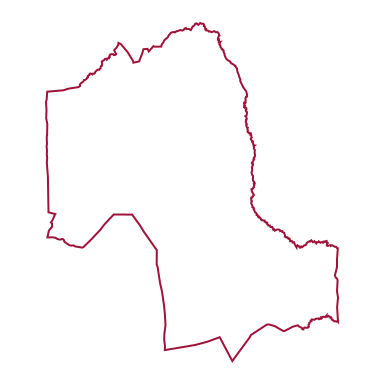 Simanjiro, Manyara, United Republic of Tanzania
{"feature_id": "72390352B2790991966076", "entity_name": "Simanjiro", "entity_type": "district", "adm_level": 2, "iso_a3": "TZA", "parent_name": "United Republic of Tanzania", "parent_adm1": "Manyara", "projection": "robinson", "projection_center": [37.302, -4.321], "detail": "fine", "context": "isolated", "style": "outline", "palette": "rose", "viewbox_px": 384, "rotation_deg": 0, "n_neighbors": 0, "source": "geoboundaries", "source_scale": "gbopen_adm2", "svg_char_len": 5900}
<svg xmlns="http://www.w3.org/2000/svg" viewBox="0 0 384 384"><path d="M118.5,42.9L118.1,45.1L116.4,47.8L114.4,49.8L114.2,50.5L116.2,54.1L115.5,54.8L114.2,55.1L113.8,55.1L113.2,54.2L111.6,54.1L110.1,54.6L109.7,55.2L109.7,56.8L109.2,56.7L109.0,57.9L108.6,57.6L107.1,59.4L107.0,58.8L106.5,58.7L104.7,59.0L104.5,59.9L101.9,61.4L102.1,64.1L101.7,66.0L101.1,66.1L100.7,66.9L100.5,68.4L99.6,68.9L99.2,69.8L97.7,69.7L96.9,70.3L95.4,71.7L94.9,73.0L94.0,73.7L93.2,73.5L92.4,74.5L90.6,73.5L90.0,73.6L89.4,74.3L89.4,75.0L87.9,75.9L87.9,77.3L87.4,77.3L86.6,78.8L85.2,79.9L84.0,80.0L83.3,81.5L80.4,83.7L79.8,85.0L80.1,86.0L78.5,87.1L68.2,88.7L63.4,90.3L47.2,91.7L46.7,99.1L46.0,102.1L46.5,109.9L46.2,118.2L47.3,124.1L47.1,134.7L46.7,137.2L47.0,144.1L46.6,146.1L47.0,150.9L46.8,153.9L47.2,158.4L46.8,162.2L47.9,176.8L48.5,212.3L55.3,214.1L54.6,215.1L52.7,219.9L50.9,222.4L52.1,223.5L52.1,226.7L48.9,230.6L47.4,237.4L52.6,237.3L55.5,237.8L57.2,238.9L59.6,239.6L62.8,239.0L64.1,240.3L64.2,241.6L69.2,245.1L71.0,245.6L73.5,245.4L75.0,246.4L82.2,247.6L83.3,247.2L91.5,239.2L100.1,230.0L104.3,224.6L113.7,214.5L132.1,214.6L139.9,225.3L143.9,231.8L156.8,250.2L156.7,264.7L157.6,267.0L160.0,282.7L162.1,292.2L164.1,306.1L164.9,314.5L165.5,325.2L164.3,334.3L164.2,339.9L165.0,346.3L164.8,350.1L195.0,345.0L207.5,341.7L219.7,337.2L232.3,361.0L249.6,337.5L250.9,335.0L267.0,324.5L269.2,324.5L274.7,326.1L282.9,330.8L284.3,331.1L292.8,326.7L297.9,325.3L299.1,326.5L301.8,327.9L302.4,329.3L303.4,329.4L303.7,328.3L304.5,327.6L306.9,327.8L308.1,327.5L308.5,325.9L308.7,326.0L308.5,324.8L309.3,323.9L309.2,323.1L310.3,322.1L310.6,320.8L311.3,320.9L311.2,320.3L311.7,320.1L311.9,319.4L314.5,319.8L315.7,318.8L318.8,318.4L319.0,319.2L319.5,319.2L320.1,318.7L320.9,318.8L321.1,317.4L321.9,317.8L322.1,317.1L323.8,316.7L325.1,317.2L326.5,315.6L326.4,316.4L326.7,316.8L327.9,316.6L328.4,316.0L330.6,317.0L330.4,317.4L330.9,317.4L331.0,318.0L331.6,318.2L331.5,318.9L332.4,320.1L332.8,320.0L333.1,320.5L334.7,321.4L335.4,321.2L336.6,321.6L337.3,321.2L338.0,321.9L337.1,307.4L338.0,297.5L337.0,291.3L337.6,280.4L337.2,278.9L335.7,277.5L334.9,275.4L337.0,267.0L337.0,259.4L337.8,248.3L337.0,248.1L336.2,246.9L334.9,246.8L332.4,245.3L331.5,245.3L330.8,245.9L330.4,245.1L327.7,245.9L326.8,245.5L326.9,243.5L327.8,243.0L326.7,242.1L326.6,241.0L325.4,241.3L324.8,242.0L324.2,241.5L323.4,241.6L323.0,242.7L321.3,242.1L320.3,242.7L318.8,241.4L318.3,242.1L317.3,242.2L316.4,243.3L316.1,242.3L315.4,242.6L314.4,241.2L312.9,242.2L311.3,240.3L310.2,241.5L309.5,241.2L309.2,241.7L308.4,241.7L306.6,243.1L306.7,243.7L305.6,245.1L304.3,245.3L302.3,247.1L301.7,246.6L300.9,247.4L300.4,246.8L299.8,247.4L299.2,246.4L298.7,246.5L297.4,245.2L296.6,246.1L296.5,247.3L294.7,244.3L294.0,242.2L292.6,242.5L292.1,241.2L290.1,241.2L290.3,240.3L289.9,239.9L289.7,238.8L289.0,238.4L289.2,239.1L287.7,238.3L287.7,237.5L286.8,237.1L285.9,237.3L285.2,236.5L284.8,236.5L285.0,235.4L284.2,232.8L282.2,231.9L282.2,231.2L281.7,231.4L280.8,230.8L280.2,231.0L280.2,230.4L279.2,229.6L277.1,229.5L274.8,230.7L274.2,229.5L273.5,229.8L273.4,228.9L272.8,228.9L272.4,227.1L270.5,227.0L270.0,225.5L268.3,225.5L268.0,224.5L267.4,224.3L266.6,223.3L267.0,222.6L264.6,221.7L264.6,220.5L261.7,220.3L261.6,219.7L260.8,219.4L260.8,218.7L259.9,217.5L259.2,217.6L259.1,217.2L258.5,217.0L258.7,216.4L257.9,216.1L257.6,215.2L256.7,215.1L256.9,214.1L256.4,213.7L256.2,212.9L255.1,212.3L254.1,209.9L254.2,209.4L253.6,209.1L253.8,208.0L252.4,207.1L252.7,206.6L251.2,203.2L251.4,201.9L251.9,201.6L251.9,201.0L251.4,200.8L251.1,198.2L251.4,197.4L252.3,197.4L252.9,196.1L253.8,195.2L253.4,195.0L253.3,193.7L251.9,191.6L251.5,189.2L252.6,189.0L253.2,187.8L253.9,187.4L253.7,186.4L254.3,185.3L254.0,184.6L254.8,183.7L254.5,182.8L254.1,182.8L254.4,182.2L253.3,181.2L252.8,179.3L253.1,176.1L252.3,175.1L251.6,172.9L251.7,171.4L252.3,170.6L251.9,167.3L253.0,164.9L252.9,163.6L251.9,163.4L251.9,162.8L253.7,160.2L253.5,159.5L254.1,159.0L253.7,158.5L253.9,157.5L254.8,156.8L255.1,155.3L254.6,153.0L254.8,149.9L253.8,148.6L254.0,147.1L253.5,146.0L254.5,145.4L254.0,145.3L252.9,143.4L253.0,141.7L252.1,141.7L252.2,140.9L250.9,139.5L250.9,138.3L251.7,137.6L251.0,134.3L250.5,134.5L250.6,133.5L250.2,133.6L249.7,132.9L249.1,133.3L247.5,131.7L247.9,130.5L247.4,129.0L247.7,128.1L247.3,128.2L246.2,125.5L246.8,124.8L246.4,124.4L246.6,123.5L246.0,122.7L245.7,121.3L246.3,120.4L246.0,119.6L246.8,118.9L246.2,116.7L245.4,116.1L246.6,115.2L247.1,113.1L246.7,111.6L246.0,111.4L245.7,110.1L246.4,109.5L246.3,108.0L245.3,107.3L244.6,107.8L244.0,107.2L244.2,105.7L244.9,105.4L244.4,104.3L245.2,104.4L244.0,103.6L244.2,102.7L245.2,102.9L245.2,102.3L245.7,102.0L245.3,101.3L245.7,100.3L245.4,98.7L246.0,96.8L246.7,96.9L247.2,95.9L246.9,94.0L246.2,91.3L243.2,87.2L240.2,81.0L240.4,79.7L238.9,75.9L238.7,74.6L237.4,71.8L237.0,68.3L236.1,67.5L235.4,65.8L234.8,65.9L233.9,64.7L231.4,63.4L230.3,62.2L230.3,61.6L230.1,61.4L227.6,60.1L226.2,58.7L224.6,55.3L224.4,53.4L223.7,52.3L223.6,50.7L223.3,50.7L222.8,49.5L222.0,49.4L222.2,49.0L220.5,47.2L220.4,45.4L219.4,44.6L220.0,42.8L219.3,42.6L219.7,42.2L219.3,42.3L219.2,41.6L219.0,42.1L218.7,42.0L218.7,40.5L218.1,40.0L218.3,39.7L218.0,39.2L218.3,39.0L217.9,38.7L218.8,35.9L219.5,35.5L218.4,32.9L217.2,32.0L216.0,32.3L214.4,31.2L211.5,32.1L209.7,31.3L209.0,31.6L207.8,30.5L206.2,30.4L206.2,29.1L205.3,29.3L204.8,26.4L203.9,26.2L204.0,24.5L203.4,23.7L201.7,23.8L200.2,23.0L198.4,24.9L197.3,24.3L197.0,23.6L196.0,23.4L195.2,23.8L194.4,25.5L192.7,26.5L190.8,30.1L188.8,29.0L186.3,29.1L185.9,28.0L184.5,28.5L184.0,29.6L182.3,30.6L180.7,30.1L179.4,30.3L177.5,31.2L176.5,31.2L174.9,32.4L174.5,32.0L172.0,32.3L170.6,33.0L169.7,34.5L168.9,35.0L167.8,37.2L164.2,40.4L163.5,42.1L161.7,44.5L161.3,46.6L154.3,46.7L153.4,46.2L148.8,51.5L147.5,48.9L143.4,49.2L142.4,53.0L139.1,61.4L133.4,62.7L132.9,60.7L127.6,52.1L121.0,44.2L118.5,42.9Z" fill="none" stroke="#9f1239" stroke-width="2"/></svg>